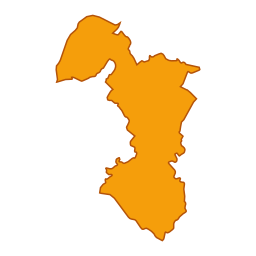 SVG path tracing the border of Trnavský
{"feature_id": "SVK-1056", "entity_name": "Trnavský", "entity_type": "Region", "adm_level": 1, "iso_a3": "SVK", "parent_name": "Slovakia", "parent_adm1": "", "projection": "mercator", "projection_center": [17.553, 48.32], "detail": "fine", "context": "isolated", "style": "filled", "palette": "amber", "viewbox_px": 256, "rotation_deg": 0, "n_neighbors": 0, "source": "natural_earth", "source_scale": "10m", "svg_char_len": 5849}
<svg xmlns="http://www.w3.org/2000/svg" viewBox="0 0 256 256"><path d="M56.7,82.1L57.5,79.5L56.2,69.8L56.5,65.9L58.7,63.2L60.3,60.3L67.2,40.3L70.6,34.5L75.3,30.4L77.3,27.9L78.1,24.0L79.3,22.1L86.7,16.7L92.8,15.4L99.4,17.1L115.0,25.0L117.4,24.6L120.1,22.8L119.7,24.1L118.5,27.1L117.0,29.1L112.7,33.2L115.7,34.4L117.4,34.8L117.8,34.8L118.2,34.7L118.6,34.3L120.9,31.4L121.6,31.5L122.3,32.3L124.0,34.6L125.3,36.1L126.0,36.6L126.3,36.7L127.5,37.0L127.9,37.4L128.5,38.0L129.6,39.6L130.3,40.9L130.7,42.3L130.6,43.7L130.4,44.2L129.9,44.8L129.7,45.2L129.5,46.0L129.2,46.5L128.7,47.5L128.5,48.0L128.2,48.8L128.3,49.3L128.6,49.8L129.3,50.4L129.7,51.1L130.1,53.4L130.5,54.0L131.1,54.7L132.4,56.0L133.9,58.3L136.9,64.8L140.1,62.0L141.0,61.5L141.3,61.2L141.6,60.9L141.9,60.9L142.2,60.9L144.2,62.0L148.6,60.6L149.0,59.8L149.4,59.3L149.4,58.6L149.5,58.0L149.4,57.3L149.5,56.4L149.6,56.0L149.7,55.7L149.9,55.6L150.2,55.7L151.2,56.8L151.5,56.9L152.8,56.9L153.3,56.8L153.7,56.6L154.5,55.8L158.8,54.0L161.1,53.3L162.9,54.2L164.1,55.7L165.6,58.5L165.9,58.8L166.4,59.1L168.9,60.4L171.4,60.8L176.2,60.7L176.9,60.5L177.0,60.2L176.9,59.6L176.9,59.3L177.0,59.1L177.1,58.9L177.5,59.0L178.0,59.4L179.1,60.5L180.2,62.2L180.8,62.8L181.3,63.0L182.1,62.7L182.6,62.4L183.1,62.2L183.8,62.3L184.5,62.6L185.4,63.5L185.7,64.0L185.9,64.4L199.2,67.3L199.5,68.7L199.7,69.0L199.8,69.4L199.5,69.9L198.8,70.3L192.5,72.9L191.3,73.1L190.5,73.0L188.7,71.8L188.3,71.6L187.9,71.6L187.3,72.6L183.1,83.5L182.8,84.0L180.4,86.7L186.5,89.8L186.9,89.8L187.4,90.1L190.4,92.6L196.5,98.8L193.5,102.1L183.8,119.7L181.5,122.0L180.9,125.0L180.8,125.6L180.6,126.5L180.5,127.3L180.0,130.7L179.8,131.3L179.5,131.6L179.1,132.0L179.3,132.6L179.5,133.1L183.0,136.2L182.1,137.9L181.5,138.8L181.3,139.4L181.3,139.8L181.6,140.5L181.6,141.0L181.2,141.7L180.8,142.2L180.7,142.8L180.8,143.5L181.3,145.1L181.7,145.8L182.1,146.1L182.4,146.2L182.8,146.5L184.2,147.9L184.6,148.6L184.9,149.4L184.8,150.5L184.4,152.0L184.0,152.7L183.4,153.2L181.2,154.5L179.6,155.8L179.3,155.9L179.0,155.7L177.1,153.3L176.7,153.2L176.4,153.2L175.9,153.5L175.0,154.0L175.0,154.6L175.4,155.6L176.5,157.8L177.0,159.0L176.9,160.2L176.6,161.2L176.3,161.5L176.0,161.8L175.6,162.1L175.2,162.2L174.8,162.2L174.4,162.1L173.5,161.5L172.5,161.1L172.0,161.0L171.3,161.1L169.0,161.9L168.5,162.6L168.6,163.3L174.6,170.0L175.3,171.4L175.3,173.0L174.1,175.9L173.9,176.7L174.0,177.3L174.4,177.8L175.3,178.6L175.9,178.8L176.6,178.8L178.9,178.0L179.7,177.9L180.1,178.1L180.4,178.8L179.8,180.5L179.8,181.0L180.0,181.3L180.6,181.8L181.1,182.0L182.0,182.1L182.6,182.3L182.8,182.3L183.3,182.3L183.7,182.4L184.0,182.7L184.4,183.5L184.4,184.6L183.8,189.1L184.7,196.2L184.4,201.5L185.4,202.4L185.5,203.0L185.7,203.8L185.6,204.6L185.4,205.2L185.2,205.9L184.9,208.3L185.8,209.9L186.2,210.9L186.1,211.6L185.2,212.4L182.9,213.9L179.6,216.8L178.1,219.1L177.1,219.9L176.5,220.2L176.2,220.1L175.9,220.2L175.5,220.6L174.7,221.4L174.2,222.4L173.7,223.7L173.7,228.1L173.1,229.0L172.1,229.9L169.5,231.9L168.4,232.5L167.6,232.8L167.3,232.7L166.4,232.5L165.9,232.2L165.6,232.1L165.2,232.5L165.0,233.2L164.0,238.0L163.5,239.4L162.3,240.6L156.5,237.5L155.1,235.9L154.0,233.8L151.5,231.3L148.6,229.3L146.6,228.3L145.0,228.5L143.6,229.2L142.2,229.2L140.6,227.5L135.9,220.5L134.7,219.7L131.2,219.0L129.8,218.4L128.4,217.1L114.4,198.2L110.0,194.6L101.1,193.3L99.7,192.9L100.5,187.6L103.0,184.5L103.7,184.0L105.2,183.2L105.6,182.8L105.7,182.3L105.5,181.5L105.3,180.7L105.3,179.4L105.6,179.0L105.9,178.9L106.2,179.1L106.9,179.1L107.9,178.6L109.9,176.9L111.5,176.0L112.0,175.4L112.1,175.2L111.9,174.8L111.7,174.6L111.2,174.4L109.0,174.6L108.7,174.5L108.4,174.3L107.7,173.6L106.6,172.7L106.4,172.5L106.4,172.1L106.4,171.6L106.6,170.7L106.6,170.2L106.6,169.8L105.8,168.5L105.9,168.2L106.2,168.0L106.7,168.0L109.9,168.8L111.4,168.7L112.0,168.6L113.3,167.7L114.4,166.7L115.0,166.2L115.5,165.9L116.0,165.8L116.9,165.4L117.3,165.0L117.5,164.6L117.4,164.4L117.3,164.0L117.0,163.7L116.3,162.9L116.1,162.5L116.0,162.2L115.9,161.6L116.3,159.5L116.7,159.0L117.2,158.7L117.7,158.4L118.6,157.9L119.0,157.8L119.3,157.8L119.4,158.1L119.4,158.5L119.6,158.8L119.8,159.5L119.2,160.6L119.0,161.1L119.1,161.4L119.2,161.6L119.6,161.8L121.5,162.0L122.1,162.3L123.2,163.1L123.8,163.3L124.4,163.3L128.1,161.7L132.4,158.3L133.9,157.8L134.7,158.1L135.2,157.6L135.6,156.7L136.5,154.5L136.7,153.5L136.7,152.9L136.5,152.6L136.2,152.1L135.8,152.0L135.2,152.1L134.9,151.8L134.6,151.0L134.9,148.8L134.9,147.9L134.6,147.2L131.8,145.9L131.2,145.7L130.8,145.4L130.5,144.7L130.3,142.9L130.4,141.8L131.1,140.6L134.8,136.0L127.4,130.0L126.6,127.7L126.6,127.3L126.7,126.8L127.7,125.0L128.9,122.3L129.2,121.2L129.2,120.3L128.9,119.9L128.5,119.2L128.1,118.5L127.3,117.6L126.8,117.2L126.3,117.0L125.5,116.9L125.1,116.5L124.5,115.8L122.2,111.2L121.6,110.2L120.6,109.1L119.6,107.7L119.2,107.1L117.9,106.1L117.6,105.6L117.7,105.2L117.9,104.8L118.3,104.0L118.2,103.6L117.8,103.3L115.3,103.2L114.8,103.1L114.4,102.8L113.6,102.1L112.6,101.3L112.2,100.9L111.9,100.6L111.6,100.5L111.3,100.4L109.4,100.4L107.7,99.8L107.2,97.4L108.4,95.1L110.4,91.8L111.1,90.9L111.7,90.3L112.9,89.4L105.5,82.0L106.2,80.4L106.2,79.1L107.7,78.3L108.0,78.0L108.2,77.6L109.2,75.0L109.5,74.7L109.9,74.6L110.4,74.7L110.9,74.6L111.3,74.5L111.7,74.0L114.1,70.7L114.9,69.3L115.6,66.9L115.6,64.9L115.2,63.5L114.7,62.5L114.2,61.7L113.6,61.0L113.1,60.7L112.6,60.4L111.2,60.0L110.9,59.7L110.7,59.5L110.3,59.2L109.6,59.0L108.8,59.7L107.5,61.3L103.7,67.6L103.5,67.9L103.4,68.1L103.2,68.2L102.9,68.2L102.6,68.3L101.8,68.9L101.2,69.5L100.8,70.0L100.6,70.4L100.3,71.3L100.1,71.6L99.8,71.9L98.8,72.7L97.5,73.2L96.9,73.6L96.4,74.2L95.8,75.6L95.2,76.2L94.2,76.5L92.5,76.6L90.0,77.2L88.2,78.4L82.5,80.9L81.6,81.1L80.3,80.6L74.3,77.7L72.5,77.2L71.7,77.3L72.1,78.3L72.2,78.8L72.1,79.1L71.7,79.2L65.5,79.5L57.2,82.0L56.7,82.1Z" fill="#f59e0b" stroke="#b45309" stroke-width="1.5"/></svg>